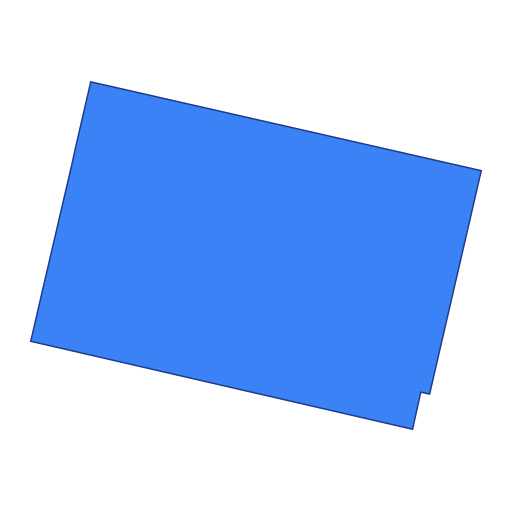 Phillips, Colorado, United States of America, rotated 193°
{"feature_id": "52423323B64261587402804", "entity_name": "Phillips", "entity_type": "district", "adm_level": 2, "iso_a3": "USA", "parent_name": "United States of America", "parent_adm1": "Colorado", "projection": "mercator", "projection_center": [-102.294, 40.594], "detail": "fine", "context": "isolated", "style": "filled", "palette": "blue", "viewbox_px": 512, "rotation_deg": 193, "n_neighbors": 0, "source": "geoboundaries", "source_scale": "gbopen_adm2", "svg_char_len": 287}
<svg xmlns="http://www.w3.org/2000/svg" viewBox="0 0 512 512"><g transform="rotate(193 256 256)"><path d="M456.3,167.1L456.3,122.2L64.5,122.4L64.8,160.4L55.8,160.5L55.7,389.8L456.2,388.5L456.2,319.7L456.0,304.5L456.3,167.1Z" fill="#3b82f6" stroke="#1e3a8a" stroke-width="1.5"/></g></svg>